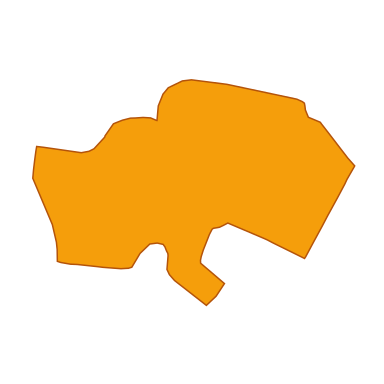 outline of Sa'dah, Sa`dah, Yemen, rotated 275°
{"feature_id": "15242507B19986135931158", "entity_name": "Sa'dah", "entity_type": "district", "adm_level": 2, "iso_a3": "YEM", "parent_name": "Yemen", "parent_adm1": "Sa`dah", "projection": "mercator", "projection_center": [43.754, 16.929], "detail": "fine", "context": "isolated", "style": "filled", "palette": "amber", "viewbox_px": 384, "rotation_deg": 275, "n_neighbors": 0, "source": "geoboundaries", "source_scale": "gbopen_adm2", "svg_char_len": 1490}
<svg xmlns="http://www.w3.org/2000/svg" viewBox="0 0 384 384"><g transform="rotate(275 192 192)"><path d="M110.4,67.1L110.3,67.8L109.5,77.2L109.8,83.9L109.7,88.8L109.4,104.4L109.2,109.8L109.4,127.9L110.4,134.6L110.4,135.1L111.8,138.6L126.3,145.6L136.5,154.5L138.1,161.8L137.3,167.8L135.0,169.8L131.0,171.8L128.7,173.3L126.4,173.7L113.5,173.8L112.7,173.8L107.7,176.7L102.3,182.3L80.3,216.2L90.3,225.1L103.6,232.3L121.8,206.8L124.7,206.4L128.4,206.8L135.2,208.3L140.6,209.9L151.1,213.0L155.3,214.7L156.7,215.3L157.7,216.5L158.0,217.6L158.6,220.0L159.3,222.5L161.5,226.2L164.2,230.4L152.5,266.3L151.7,268.7L150.8,271.3L148.6,276.5L146.8,281.1L139.4,300.2L135.6,309.9L137.4,310.9L154.0,318.0L157.2,319.4L169.4,324.7L180.4,329.3L184.7,331.2L200.2,338.0L213.4,343.6L218.1,345.3L231.0,351.3L232.2,351.8L239.4,344.2L241.6,342.2L251.5,333.1L259.7,325.6L259.8,325.5L267.6,318.3L270.9,315.2L272.1,314.2L272.7,313.6L275.3,305.5L276.3,302.3L276.6,301.4L283.6,297.8L287.5,297.0L290.3,296.2L291.6,294.1L293.6,288.4L302.3,217.4L303.7,181.7L301.8,172.7L293.8,159.3L287.0,154.6L274.8,150.9L260.2,150.9L260.2,150.4L262.2,144.3L262.0,136.8L260.8,129.2L260.2,124.2L258.3,118.8L257.5,116.5L255.3,112.1L254.3,110.1L253.1,107.8L240.4,100.5L239.1,100.3L231.3,94.3L226.5,90.6L223.6,85.9L221.5,78.3L221.7,74.5L221.8,72.8L223.6,40.2L223.8,33.3L221.4,33.1L218.9,32.9L209.9,32.5L200.5,32.2L191.8,32.2L147.4,55.7L130.2,61.3L122.9,62.7L111.2,63.9L110.4,67.1Z" fill="#f59e0b" stroke="#b45309" stroke-width="1.5"/></g></svg>